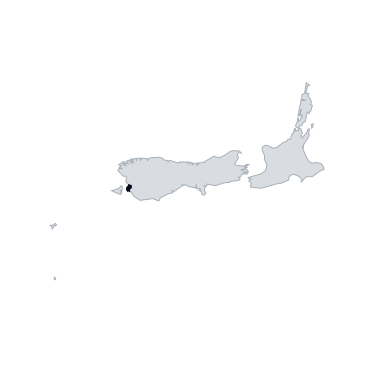 Invercargill City, Southland, New Zealand shown in context, rotated 44°
{"feature_id": "76426892B89444897674661", "entity_name": "Invercargill City", "entity_type": "district", "adm_level": 2, "iso_a3": "NZL", "parent_name": "New Zealand", "parent_adm1": "Southland", "projection": "mercator", "projection_center": [168.346, -46.488], "detail": "fine", "context": "in_parent", "style": "filled", "palette": "ink", "viewbox_px": 384, "rotation_deg": 44, "n_neighbors": 0, "source": "geoboundaries", "source_scale": "gbopen_adm2", "svg_char_len": 5819}
<svg xmlns="http://www.w3.org/2000/svg" viewBox="0 0 384 384"><g transform="rotate(44 192 192)"><path d="M203.3,142.3L204.7,142.4L211.1,137.5L213.7,136.4L214.4,136.3L213.0,137.8L213.3,138.9L211.8,142.2L213.1,141.7L213.8,139.3L214.7,138.9L214.4,137.6L218.2,138.0L216.9,140.4L214.9,141.7L216.1,141.8L219.0,139.4L219.0,140.8L215.2,144.8L216.4,147.1L215.4,148.9L216.5,148.6L217.9,150.0L217.1,151.9L213.0,156.6L212.4,159.0L208.7,163.2L204.6,171.0L197.1,176.1L198.5,177.5L195.9,179.4L198.0,179.0L199.4,182.1L202.8,183.0L203.0,185.9L200.9,186.8L198.7,185.4L195.6,185.9L196.6,184.7L195.4,183.9L193.1,186.4L189.8,183.5L191.6,186.8L185.1,190.7L182.4,191.0L181.4,193.1L179.8,193.3L180.7,193.9L178.6,204.7L176.8,204.6L178.5,205.8L178.2,206.9L176.1,210.0L173.1,218.4L174.2,220.3L174.0,221.7L168.5,223.9L160.4,234.1L153.0,235.5L148.9,234.3L144.0,235.0L143.3,232.2L141.6,230.6L137.3,230.7L135.3,227.5L133.5,226.7L131.4,228.4L124.6,228.1L123.4,227.6L123.1,226.5L125.7,223.3L123.4,225.0L122.4,224.8L123.3,223.4L123.2,222.1L120.4,223.4L120.6,220.7L126.8,218.9L124.4,218.7L124.2,217.7L126.6,215.7L123.4,215.9L124.0,213.5L125.7,213.5L125.1,211.7L128.7,213.5L128.2,211.8L129.6,211.4L127.1,210.1L127.1,208.4L128.3,207.1L130.0,207.7L128.9,206.2L131.9,203.2L132.6,205.5L132.8,202.2L136.6,199.1L138.1,200.3L137.5,197.4L143.8,190.1L147.4,188.2L149.4,188.5L152.6,186.3L154.0,187.1L153.5,185.5L153.9,184.8L162.2,180.6L162.2,179.3L163.1,179.1L162.5,178.7L167.3,174.2L169.3,174.5L168.1,173.2L170.0,172.0L172.0,173.0L170.9,171.5L172.6,170.7L173.5,171.9L173.6,170.1L176.4,166.6L177.0,169.4L177.3,169.0L177.2,166.2L179.2,162.9L180.7,162.2L180.0,161.2L182.9,151.0L186.0,149.7L188.7,146.7L190.5,141.0L191.1,136.8L192.8,133.7L197.4,129.7L201.2,129.7L198.5,130.1L198.2,132.2L198.9,133.9L201.7,135.2L203.3,142.3ZM201.4,35.2L205.4,42.0L207.5,39.9L207.8,41.5L211.7,43.3L212.4,42.7L215.7,44.5L216.2,46.9L218.4,46.0L221.2,51.2L220.7,52.5L221.6,54.3L219.3,54.5L224.4,62.4L223.8,65.3L224.6,67.2L223.4,70.7L225.5,71.8L226.3,70.9L230.6,73.1L231.7,76.5L233.7,76.4L233.0,68.4L231.7,66.3L232.7,65.0L235.4,69.3L236.6,69.1L237.9,72.6L239.3,80.1L241.0,82.5L240.1,82.1L239.9,82.7L240.8,83.4L249.1,87.2L255.4,88.9L258.9,87.4L261.0,84.3L264.6,82.0L267.9,82.1L271.2,84.1L269.4,88.4L267.8,97.8L264.2,100.5L263.3,105.4L264.0,107.3L263.3,108.9L261.8,106.8L258.5,106.2L252.9,108.6L251.4,110.9L251.2,114.0L253.3,115.9L250.0,123.8L248.0,126.0L239.2,141.2L230.8,147.9L229.7,147.3L229.0,144.6L225.4,144.7L225.6,141.7L225.2,141.4L223.9,143.1L222.3,142.5L228.9,131.4L230.1,126.0L228.8,123.1L227.0,120.4L221.5,118.2L218.8,115.4L213.6,113.2L212.0,111.9L211.4,110.1L212.4,107.2L215.3,105.5L219.4,104.4L221.9,101.5L223.3,92.6L224.9,89.4L224.4,87.3L226.0,85.9L223.5,80.3L224.0,78.5L223.2,78.3L221.7,74.8L222.6,74.6L223.6,76.6L224.4,74.9L226.0,74.5L224.2,72.3L221.9,73.0L220.3,72.3L219.2,68.9L216.7,65.3L217.5,65.2L219.4,67.0L220.1,65.6L218.8,63.5L219.3,61.4L217.7,60.2L217.6,61.5L214.8,59.5L213.3,56.2L213.3,57.9L216.5,62.7L215.6,63.7L215.1,63.2L207.0,50.6L209.7,47.2L208.1,47.8L206.6,49.9L205.8,49.1L205.3,47.5L203.3,45.4L204.2,44.2L204.2,42.5L198.2,34.0L202.4,33.6L201.4,35.2ZM138.7,236.7L141.1,240.5L139.8,240.2L139.8,241.0L142.3,241.9L142.3,243.5L133.3,247.0L136.8,240.5L136.6,236.8L138.7,236.7ZM116.5,313.0L117.3,315.6L114.4,314.2L112.8,314.8L115.1,312.3L115.5,309.5L117.6,309.9L116.5,313.0ZM233.3,60.4L233.8,62.8L231.2,61.0L231.1,59.7L231.8,58.8L233.3,60.4ZM213.3,135.4L211.6,136.4L212.0,134.3L213.9,132.9L213.3,135.4ZM123.6,217.9L123.3,219.2L120.9,218.7L122.8,217.2L123.6,217.9ZM154.0,348.9L154.7,350.0L153.4,350.4L152.1,348.9L154.0,348.9ZM126.5,209.4L127.0,211.5L125.4,210.5L126.5,209.4Z" fill="#d9dde1" stroke="#a8b0b8" stroke-width="1"/><path d="M141.9,231.1L141.7,231.1L141.8,231.3L141.9,231.6L142.1,231.8L142.2,232.2L142.3,232.6L142.4,232.8L142.5,233.0L142.8,233.1L143.1,233.0L143.1,232.9L143.0,232.7L142.9,232.6L143.0,232.5L142.9,232.4L142.7,232.4L142.6,232.1L142.6,232.3L142.8,232.4L143.0,232.3L143.3,232.3L143.4,232.2L143.2,231.8L143.5,231.6L143.5,231.8L143.6,232.0L143.6,231.9L143.7,232.1L143.7,232.3L143.7,232.5L143.9,232.7L144.0,232.7L144.0,232.8L143.9,232.9L143.8,233.0L143.8,232.9L143.7,232.9L143.7,233.0L143.8,233.1L143.6,233.1L143.4,233.2L143.2,233.3L142.9,233.3L142.9,233.5L143.0,233.6L142.9,233.6L143.0,233.7L142.9,233.8L142.7,233.8L142.8,233.6L142.8,233.4L142.6,233.3L142.2,233.4L142.1,233.5L142.2,233.8L142.2,234.0L142.3,234.0L142.5,234.1L142.7,234.3L142.7,234.5L142.8,234.7L142.8,234.8L143.0,234.8L143.2,235.0L143.3,235.2L143.2,235.2L143.2,235.3L143.3,235.3L143.5,235.4L143.7,235.2L143.8,235.2L143.7,235.1L143.6,234.9L143.4,234.9L143.5,234.9L143.4,234.8L143.5,234.8L143.4,234.7L143.4,234.8L143.2,234.8L143.1,234.7L143.0,234.3L143.0,234.1L143.3,233.9L143.4,234.0L143.5,234.0L143.5,233.9L143.8,233.9L143.8,234.0L143.9,234.3L144.0,234.5L143.9,234.4L144.0,234.3L144.3,234.2L144.5,234.2L144.8,234.2L145.0,234.3L145.3,234.3L145.5,234.5L145.6,234.4L144.9,233.6L144.9,233.2L145.0,233.1L145.0,231.9L144.9,231.8L144.9,231.4L144.9,231.2L145.0,231.2L144.9,231.0L144.9,230.7L144.7,230.7L144.1,230.6L144.1,230.4L143.7,230.3L143.7,230.2L143.8,230.2L143.8,229.9L143.5,229.9L143.5,230.3L143.4,230.3L142.9,230.4L142.9,230.5L142.7,230.6L142.4,230.6L142.4,230.8L142.5,231.0L142.4,231.0L142.0,231.2L141.9,231.1ZM145.9,234.8L145.7,234.9L145.3,234.8L145.2,234.7L144.9,234.7L145.0,234.6L144.9,234.6L144.6,234.7L144.4,234.6L144.5,234.4L144.4,234.5L144.2,234.6L143.9,234.8L143.8,235.0L143.9,234.9L144.0,234.8L144.4,234.9L144.6,235.0L145.0,235.1L145.5,235.1L146.1,234.9L145.9,234.8ZM144.9,234.5L144.7,234.5L144.8,234.5L145.0,234.6L144.9,234.6L145.0,234.6L144.9,234.5ZM144.4,235.8L144.5,235.9L144.4,235.9L144.4,235.8ZM143.3,234.4L143.2,234.4L143.2,234.5L143.3,234.4L143.3,234.4ZM144.7,234.6L144.8,234.5L144.7,234.6L144.7,234.6Z" fill="#0f172a" stroke="#020617" stroke-width="1.5"/></g></svg>